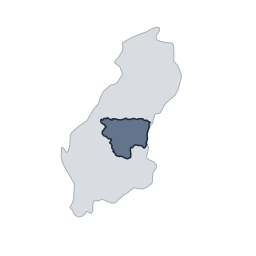 location of Elbasan within Albania, rotated 31°
{"feature_id": "ALB-1524", "entity_name": "Elbasan", "entity_type": "County", "adm_level": 1, "iso_a3": "ALB", "parent_name": "Albania", "parent_adm1": "", "projection": "robinson", "projection_center": [20.152, 41.052], "detail": "fine", "context": "in_parent", "style": "filled", "palette": "slate", "viewbox_px": 256, "rotation_deg": 31, "n_neighbors": 0, "source": "natural_earth", "source_scale": "10m", "svg_char_len": 3754}
<svg xmlns="http://www.w3.org/2000/svg" viewBox="0 0 256 256"><g transform="rotate(31 128 128)"><path d="M82.6,78.9L82.8,75.6L83.7,70.2L83.2,68.4L83.7,65.3L82.0,61.2L79.3,58.3L82.0,53.0L85.9,46.7L89.6,41.7L94.0,36.5L96.9,31.5L100.1,27.2L102.8,25.9L104.1,26.8L104.8,28.7L104.7,34.2L105.6,36.2L107.4,37.6L111.4,36.9L115.8,35.5L121.7,32.6L122.7,32.7L124.9,34.3L129.4,41.0L132.5,46.9L138.5,49.0L141.8,51.3L146.1,54.8L148.1,58.3L151.1,69.1L151.4,75.7L150.6,78.6L149.9,79.4L147.2,90.0L147.9,95.4L147.8,99.0L145.6,100.4L144.1,102.7L146.5,111.5L146.2,115.3L146.4,119.6L150.8,129.5L153.4,132.5L155.7,134.0L158.7,143.1L160.5,144.6L167.7,143.8L171.2,144.8L172.6,146.9L172.9,148.4L172.5,153.5L174.3,157.4L176.7,161.4L176.7,163.9L175.1,167.9L172.2,172.6L168.4,174.4L164.2,176.0L162.2,179.6L161.2,183.5L159.3,186.4L158.1,189.5L156.3,196.0L155.9,198.3L153.1,200.7L148.6,201.7L144.6,201.9L141.9,203.0L140.6,205.2L138.0,206.9L136.5,207.7L136.5,209.7L138.4,213.8L140.5,217.2L140.5,219.9L139.5,220.6L136.2,220.3L135.5,221.3L135.2,224.3L134.3,226.9L133.0,228.4L130.7,230.1L126.4,229.6L122.4,227.0L120.3,226.2L119.1,226.3L118.8,220.0L117.1,215.1L110.7,203.4L90.2,192.0L85.3,186.9L83.2,182.6L81.1,178.6L83.2,178.5L85.2,179.5L87.7,180.7L88.8,178.7L87.7,174.3L82.4,163.9L82.0,161.1L84.7,152.4L89.0,142.7L88.8,130.9L90.1,122.1L88.7,116.3L88.0,109.2L91.2,99.8L93.9,97.5L95.5,94.5L95.7,84.5L89.6,79.8L82.6,78.9Z" fill="#d9dde1" stroke="#a8b0b8" stroke-width="1"/><path d="M147.7,123.9L149.8,126.5L150.6,128.1L150.9,129.7L150.9,130.9L151.3,131.8L152.4,132.3L152.5,132.5L152.5,133.6L152.7,134.7L152.7,135.1L152.5,136.3L152.3,136.7L152.0,136.9L151.4,136.9L149.4,136.2L149.1,136.1L148.8,136.1L148.4,136.3L146.2,137.5L145.7,137.7L145.4,137.8L143.4,138.4L143.1,138.6L142.7,139.0L142.4,139.9L142.2,140.5L142.1,141.6L141.9,142.3L141.8,142.7L140.4,143.3L141.0,145.2L141.3,145.7L143.1,147.9L143.8,148.8L145.3,151.8L144.4,153.4L143.9,154.1L143.2,154.7L142.3,155.1L138.1,155.5L135.9,156.1L135.5,156.8L133.3,157.5L131.5,157.6L131.0,157.4L130.9,157.2L130.7,156.7L130.3,156.4L129.8,156.3L129.0,156.3L128.5,156.2L127.2,155.7L127.7,154.9L127.3,154.6L126.7,154.3L125.4,154.0L124.8,153.6L124.3,153.2L122.9,151.0L122.4,150.6L121.8,150.4L120.9,150.3L120.1,150.1L119.8,149.9L119.8,149.6L120.0,148.9L120.0,148.6L120.0,148.3L119.8,147.7L119.8,147.4L120.0,146.8L119.8,146.5L119.7,146.4L119.2,146.2L118.7,146.4L117.4,147.2L112.9,146.7L111.7,147.1L109.4,146.5L109.1,146.3L108.6,145.8L108.1,144.9L108.0,144.5L107.9,144.1L107.9,143.7L108.2,142.5L108.2,142.2L108.1,140.6L108.1,140.3L108.5,139.5L108.6,138.2L107.9,137.9L107.6,138.0L107.2,138.0L106.8,137.8L106.2,137.4L105.7,137.3L103.7,137.4L102.3,137.1L101.5,136.6L101.0,136.1L100.8,135.5L100.7,135.0L100.6,134.7L100.7,134.3L101.9,134.5L102.1,134.3L102.3,134.1L102.3,133.4L102.4,132.9L102.5,132.2L103.0,131.8L104.3,131.2L104.7,130.9L104.8,130.6L104.9,129.9L106.7,129.8L108.5,129.9L109.6,129.7L110.3,129.4L110.5,129.1L110.4,128.9L110.0,128.8L109.9,128.6L109.8,128.4L111.2,127.3L113.8,126.3L115.0,126.1L117.5,124.9L117.9,124.6L119.6,122.8L120.3,121.7L121.1,120.8L121.5,120.6L121.9,120.5L122.1,120.8L122.5,120.9L123.0,121.0L123.3,120.9L123.6,120.7L124.5,119.9L124.9,119.6L125.8,119.6L126.7,117.9L128.0,117.0L128.5,116.7L131.5,115.9L131.8,115.7L132.2,114.7L132.6,114.4L132.9,114.2L133.3,114.1L133.5,114.0L133.7,113.9L133.9,113.7L134.7,113.1L135.1,112.8L135.5,112.7L136.1,112.6L136.6,112.7L137.2,112.9L138.0,113.0L138.4,112.9L138.8,112.7L139.2,112.5L139.7,111.8L140.0,111.7L140.3,111.7L140.5,112.0L140.9,111.8L141.1,111.7L141.5,111.7L142.1,111.9L142.8,112.0L143.6,111.8L144.1,111.7L144.0,112.3L144.0,113.0L144.2,113.9L144.5,114.6L145.7,116.2L145.7,116.3L146.0,118.4L146.7,121.1L147.0,122.1L147.7,123.9Z" fill="#64748b" stroke="#1e293b" stroke-width="1.5"/></g></svg>